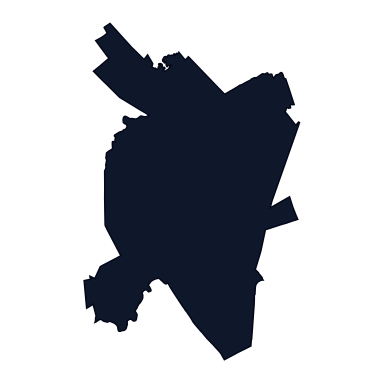 Contesti, Dâmbovita, Romania, rotated 271°
{"feature_id": "2599482B81842456192136", "entity_name": "Contesti", "entity_type": "district", "adm_level": 2, "iso_a3": "ROU", "parent_name": "Romania", "parent_adm1": "Dâmbovita", "projection": "mercator", "projection_center": [25.668, 44.679], "detail": "fine", "context": "isolated", "style": "filled", "palette": "ink", "viewbox_px": 384, "rotation_deg": 271, "n_neighbors": 0, "source": "geoboundaries", "source_scale": "gbopen_adm2", "svg_char_len": 5937}
<svg xmlns="http://www.w3.org/2000/svg" viewBox="0 0 384 384"><g transform="rotate(271 192 192)"><path d="M188.9,289.6L177.5,270.5L181.5,271.4L184.4,272.1L250.2,294.0L263.3,298.3L263.8,297.3L260.5,294.6L271.6,285.6L273.9,283.5L274.9,284.3L277.1,284.8L277.7,285.2L277.8,285.7L277.9,286.2L277.5,286.9L277.7,288.8L277.8,289.0L278.8,289.0L279.6,288.7L280.4,288.6L280.6,288.7L281.0,288.9L281.1,289.2L281.2,289.5L281.0,291.4L281.2,292.6L297.8,286.9L306.7,283.7L306.5,283.3L307.1,282.6L307.6,282.0L310.6,281.0L312.1,280.3L312.6,279.9L312.9,279.5L312.9,279.0L312.9,278.7L312.6,278.2L311.1,276.6L310.7,274.4L310.5,274.0L310.2,273.7L309.3,273.2L309.0,272.8L308.3,272.6L307.9,272.2L307.8,271.5L308.3,270.9L309.1,270.5L311.0,269.8L311.2,269.6L311.2,268.9L311.1,268.2L310.8,266.9L311.0,266.5L311.2,266.3L312.1,265.7L312.3,265.4L312.4,265.1L312.1,264.4L311.2,262.8L311.2,262.2L311.5,260.8L311.4,260.5L311.2,260.0L310.7,259.2L308.3,255.8L307.8,255.1L307.3,254.9L307.2,254.7L307.4,253.3L307.3,252.2L306.3,250.0L305.8,249.3L305.1,248.7L304.8,248.2L302.5,243.9L300.0,239.6L299.8,238.8L299.8,238.3L298.0,235.7L294.9,230.7L290.3,222.9L297.3,215.8L320.7,192.5L327.2,186.0L325.2,184.3L324.6,183.6L323.9,182.8L331.4,176.5L330.1,176.1L330.0,175.9L330.0,175.7L330.3,175.2L330.4,174.9L330.4,174.5L330.3,174.2L329.8,173.8L329.0,173.5L328.4,173.1L328.2,173.0L328.3,172.7L328.7,172.6L329.3,172.7L329.6,172.5L329.8,172.0L329.7,171.5L328.4,170.7L328.3,170.2L328.4,169.1L328.0,168.1L328.3,167.2L328.5,166.2L328.3,165.7L328.2,165.6L327.2,165.1L326.5,165.3L326.3,165.1L326.4,164.6L327.0,163.6L326.9,162.7L326.6,162.0L326.0,161.5L324.2,160.6L323.5,160.3L323.3,160.3L323.2,160.4L323.0,161.2L322.8,161.8L322.7,161.8L322.6,161.6L322.7,160.9L322.6,160.5L322.1,160.6L321.7,161.6L320.8,161.9L320.6,162.2L320.6,162.3L321.6,163.4L321.6,163.6L321.5,163.8L320.9,163.7L320.4,163.7L319.6,164.2L319.3,163.9L319.2,163.9L318.5,164.0L317.5,164.4L317.0,164.8L316.9,164.9L317.0,165.1L317.7,165.3L318.1,166.0L317.9,166.8L318.7,168.0L318.8,168.7L318.4,169.1L317.7,168.6L316.7,167.5L314.6,166.4L312.3,163.1L312.4,162.6L312.9,161.7L313.7,161.3L314.1,161.4L314.4,162.1L314.8,162.7L315.3,162.8L315.9,162.5L316.2,162.0L316.2,161.8L315.6,160.9L315.7,160.7L316.4,160.5L316.5,160.4L316.8,159.5L317.0,159.3L317.2,159.6L317.7,160.1L318.3,160.1L319.1,159.7L319.6,159.0L319.8,158.4L319.8,157.6L319.7,156.9L319.4,156.5L318.9,156.4L318.6,156.6L318.7,157.9L317.9,157.9L317.3,157.5L317.1,156.8L316.7,156.2L314.1,155.9L314.2,154.8L314.7,153.8L315.2,153.1L315.0,152.4L316.1,149.6L317.7,150.1L319.7,150.5L328.3,145.2L323.6,141.8L336.0,128.7L359.1,107.1L357.3,104.5L355.6,101.9L354.9,101.3L349.4,104.5L346.7,101.4L344.7,98.5L342.0,93.7L341.7,93.1L328.4,103.2L325.9,105.2L324.4,106.8L316.3,97.7L311.0,91.4L301.7,100.9L298.4,104.5L285.3,118.1L280.1,127.0L272.7,139.6L270.4,143.8L268.0,147.6L267.0,146.0L266.5,144.8L266.4,144.4L266.4,142.8L267.0,140.4L267.1,139.7L267.0,139.4L266.8,139.0L265.4,137.3L264.6,136.2L263.9,134.5L264.4,130.7L264.3,128.8L264.4,128.2L264.7,127.6L265.3,126.8L266.4,124.4L266.6,123.7L266.0,122.8L265.2,122.2L264.0,122.0L263.0,121.8L260.9,122.1L260.3,122.2L260.0,122.6L259.4,123.0L259.2,123.3L258.9,124.8L258.7,125.0L258.0,125.2L257.6,125.6L256.9,125.9L256.5,126.2L253.8,124.7L253.3,123.9L253.0,122.7L252.8,122.3L251.7,121.8L251.5,121.5L251.4,120.8L250.6,118.4L247.7,113.8L247.3,113.5L247.0,113.4L246.6,113.5L246.2,113.9L244.8,114.5L244.0,114.4L243.2,114.1L242.7,114.2L242.3,114.3L241.7,114.2L241.2,114.3L241.0,114.1L241.0,113.2L241.1,112.6L241.0,111.8L240.6,111.5L238.1,111.5L235.9,111.7L233.8,111.8L232.5,109.9L231.6,108.3L229.7,106.0L228.5,105.7L227.3,105.7L226.2,105.5L224.6,105.3L222.9,105.9L222.3,106.3L221.1,105.8L219.7,105.8L217.9,105.3L214.9,105.6L213.2,105.1L211.5,104.3L211.2,104.3L195.6,104.7L184.3,104.8L157.4,105.7L155.5,106.5L154.2,107.4L153.9,107.3L127.0,122.0L117.0,103.7L115.7,101.6L103.8,96.4L106.0,91.4L103.0,92.1L101.5,85.7L92.3,86.7L74.0,88.7L75.2,90.7L76.4,92.6L78.2,95.1L77.3,95.2L72.4,96.7L66.4,98.3L66.0,98.3L64.6,97.8L61.9,97.8L60.6,97.5L60.0,97.3L60.6,98.6L62.3,100.8L62.9,102.1L63.0,103.0L62.9,103.6L62.6,104.2L62.0,104.8L61.4,105.7L61.0,107.1L60.5,109.0L60.5,109.8L60.7,110.6L61.3,111.7L61.4,112.2L60.8,113.5L59.7,116.3L58.8,117.7L58.0,118.6L57.1,119.5L55.7,120.1L53.1,120.5L52.3,120.8L51.7,121.1L51.5,121.7L51.4,122.5L51.7,123.1L52.0,123.7L52.2,124.7L52.3,125.5L52.4,126.3L52.8,127.1L53.6,128.0L54.9,128.7L55.7,128.9L56.6,129.0L57.9,129.5L58.8,129.6L60.3,129.4L61.3,129.5L62.3,129.8L62.8,130.4L63.3,131.3L63.7,132.3L63.7,133.6L62.4,135.0L62.0,135.8L62.0,136.8L62.5,137.9L63.4,138.5L67.0,139.1L68.5,139.2L69.5,138.7L70.7,138.0L71.7,137.2L72.3,137.2L75.3,139.1L76.2,139.3L77.9,140.2L79.2,141.0L80.4,142.1L81.6,142.9L84.1,144.2L84.9,144.5L86.4,144.6L88.0,144.6L89.3,144.1L90.2,144.0L91.1,144.3L92.4,145.3L93.3,146.7L93.4,147.9L92.9,148.9L91.8,149.8L91.4,150.4L91.9,151.7L92.5,152.7L93.8,152.5L96.3,151.2L97.9,150.0L98.8,150.0L99.3,150.8L101.1,151.9L102.2,152.9L103.3,154.6L104.1,156.1L104.8,158.1L105.1,159.6L105.1,160.2L104.9,160.8L104.6,161.3L103.6,162.3L102.6,163.5L100.4,165.9L99.7,167.0L99.8,168.1L100.4,169.2L100.7,169.5L96.4,171.9L90.3,175.9L86.4,178.6L82.1,181.5L77.0,185.0L76.8,185.2L76.8,185.3L73.5,187.5L71.1,189.5L70.2,190.0L67.8,191.8L64.9,193.7L61.6,195.7L59.0,197.9L53.4,202.8L51.4,204.8L51.0,205.3L50.3,205.7L45.6,209.8L42.8,212.7L41.9,213.5L40.1,215.4L36.1,219.1L33.6,221.5L31.8,223.1L30.4,224.1L29.1,224.9L28.3,225.2L28.0,225.5L24.9,227.3L30.0,236.5L32.8,241.5L38.8,253.0L39.0,253.5L45.6,253.9L45.8,254.2L75.7,255.8L80.8,256.1L87.1,256.2L90.8,256.0L90.7,256.7L98.0,257.0L99.4,257.2L101.0,257.8L101.8,258.3L103.5,259.8L104.6,261.7L105.0,262.9L105.2,263.9L105.2,264.6L106.1,264.0L107.8,263.5L110.2,261.5L111.0,260.6L112.5,259.8L115.4,256.7L115.5,256.6L132.4,261.4L134.9,262.0L155.8,266.1L156.1,267.6L161.2,282.4L162.4,286.5L164.7,292.7L166.5,298.2L170.7,296.3L178.8,293.0L188.9,289.6Z" fill="#0f172a" stroke="#020617" stroke-width="1.5"/></g></svg>